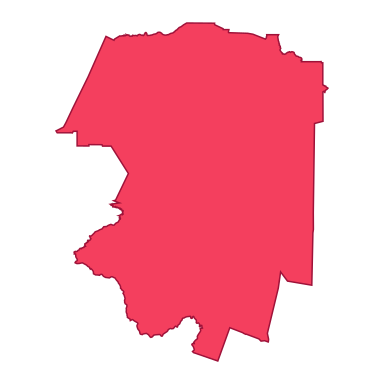 Rotorua District, Bay of Plenty, New Zealand
{"feature_id": "76426892B632863576138", "entity_name": "Rotorua District", "entity_type": "district", "adm_level": 2, "iso_a3": "NZL", "parent_name": "New Zealand", "parent_adm1": "Bay of Plenty", "projection": "natural_earth1", "projection_center": [176.197, -38.253], "detail": "fine", "context": "isolated", "style": "filled", "palette": "rose", "viewbox_px": 384, "rotation_deg": 0, "n_neighbors": 0, "source": "geoboundaries", "source_scale": "gbopen_adm2", "svg_char_len": 5861}
<svg xmlns="http://www.w3.org/2000/svg" viewBox="0 0 384 384"><path d="M75.1,262.8L76.9,263.6L79.1,263.5L82.3,262.8L86.6,265.1L87.7,266.3L89.3,267.2L89.7,267.8L89.8,268.4L90.3,268.7L90.4,269.1L91.0,268.7L92.1,269.7L93.3,271.4L93.5,273.8L95.6,274.9L98.1,275.0L99.5,275.3L100.4,274.5L101.7,274.3L102.1,274.5L103.5,276.3L105.5,277.4L109.4,277.9L111.0,276.9L111.8,276.7L112.6,276.8L113.2,277.3L114.9,277.9L116.6,280.3L118.0,281.8L118.4,283.0L119.7,284.7L120.4,286.2L120.6,287.2L120.5,288.2L121.5,289.2L121.8,289.9L123.3,291.0L123.7,291.6L123.6,292.6L123.0,293.2L124.1,295.1L125.0,298.1L125.0,298.9L124.5,300.3L124.7,301.0L124.6,302.1L125.2,303.7L126.7,304.7L127.0,306.1L126.2,308.4L126.4,309.9L126.2,311.3L126.4,312.8L127.0,313.9L127.0,315.2L127.4,316.4L127.4,317.4L130.0,319.1L130.3,320.6L131.9,319.7L132.6,319.6L134.6,321.1L137.1,322.5L137.8,323.2L137.8,323.8L137.0,325.4L137.0,326.4L137.2,326.8L137.3,327.5L137.9,329.1L139.4,331.0L140.1,333.8L140.8,334.3L142.3,334.6L143.3,333.9L146.4,333.4L148.5,334.7L150.1,336.9L150.9,337.4L152.4,336.8L153.7,335.2L155.4,334.8L159.7,334.5L160.1,334.7L161.3,336.1L162.2,336.1L162.6,335.6L162.9,334.6L163.4,334.0L167.0,331.6L167.8,330.7L168.1,329.8L169.5,328.8L170.4,328.5L171.6,328.8L173.2,328.6L174.2,327.6L174.9,326.6L175.5,326.2L176.2,326.4L177.1,327.1L177.4,327.0L178.0,325.2L179.7,323.8L180.7,321.4L182.1,319.9L182.3,318.7L182.6,318.3L184.2,317.9L185.5,317.1L186.9,316.7L190.3,316.3L190.7,316.7L190.7,317.6L190.9,318.1L191.4,318.4L191.9,318.4L192.2,318.1L192.8,316.7L193.3,316.4L193.7,316.6L194.4,318.1L196.2,320.0L196.5,321.2L196.2,322.3L196.5,323.0L197.1,323.3L198.2,322.9L199.0,323.4L199.6,324.5L199.6,325.4L199.4,326.3L199.6,326.7L200.1,326.6L200.8,325.4L201.7,325.4L201.9,326.0L201.9,327.1L202.5,328.1L202.1,328.4L200.8,328.2L200.2,328.5L200.2,328.9L200.7,330.5L200.5,331.2L198.0,335.0L197.3,336.4L197.5,338.1L197.4,338.7L195.3,340.4L193.7,342.4L193.6,342.9L194.2,343.1L194.3,343.6L192.7,343.6L191.9,344.2L191.9,344.8L193.3,346.6L194.3,349.4L194.0,350.2L192.5,351.5L193.5,352.6L217.8,361.0L229.8,327.7L242.8,332.7L243.4,333.2L245.7,334.3L246.4,334.2L258.9,338.9L261.0,341.1L264.7,340.7L268.2,342.0L268.4,341.4L268.6,339.2L267.4,333.6L267.5,332.8L278.3,288.1L280.6,271.9L287.5,281.1L311.8,285.2L312.9,232.9L313.4,229.5L313.3,212.6L314.5,123.5L323.0,121.3L322.9,91.9L323.7,91.4L324.8,92.4L325.0,92.0L324.6,91.5L324.9,91.4L324.8,91.0L325.4,90.7L325.8,90.0L327.0,89.3L328.0,88.2L327.9,88.0L327.4,87.7L326.3,87.2L325.7,86.1L324.8,86.1L324.4,85.6L323.8,85.5L323.3,85.2L323.0,84.6L322.8,84.6L322.8,62.8L321.5,62.8L321.4,62.1L321.0,61.5L320.5,61.7L301.4,61.7L301.7,60.7L301.1,60.3L301.7,59.9L301.6,59.4L301.9,59.1L301.4,58.0L300.2,57.4L299.0,57.2L297.8,56.3L296.5,56.2L296.0,55.9L295.7,55.3L294.8,54.5L294.2,53.2L294.1,52.5L292.9,51.9L291.8,51.7L290.4,52.4L290.0,51.9L289.3,51.7L288.5,52.3L288.0,52.2L286.3,53.2L285.8,53.9L285.3,54.0L284.4,54.3L283.8,53.9L283.1,54.1L282.3,53.8L282.2,53.5L282.4,53.1L281.3,52.1L280.1,50.4L280.1,49.4L280.7,48.5L280.7,48.1L280.2,47.5L280.3,46.3L279.2,45.0L279.5,44.1L279.0,43.4L278.9,42.2L278.4,40.9L277.7,36.7L278.6,34.7L266.7,34.7L266.8,35.9L266.4,36.8L266.4,37.8L265.4,39.1L252.9,34.2L247.7,33.3L228.8,32.7L228.4,32.2L228.9,29.6L223.2,29.6L223.1,28.7L214.8,24.8L214.5,23.9L214.6,23.2L186.7,23.0L183.6,24.8L181.1,26.7L179.2,27.5L176.7,30.0L176.1,30.2L175.0,31.1L174.6,31.8L174.0,32.0L172.8,33.0L170.7,33.4L168.1,34.8L167.3,34.7L166.3,35.1L164.8,35.1L162.9,34.5L162.3,34.1L161.7,33.3L160.1,32.3L158.9,32.2L157.6,32.5L157.1,33.1L155.7,33.9L153.8,34.2L151.6,35.1L151.0,35.0L150.3,35.4L148.6,35.4L147.7,35.6L147.1,35.1L146.7,33.4L146.2,33.1L146.1,32.6L145.8,32.5L145.1,32.9L144.7,34.0L144.3,34.2L144.0,35.0L143.5,35.5L142.9,35.5L142.4,35.1L141.6,35.3L140.0,34.5L139.4,34.4L138.2,34.8L137.1,35.9L136.0,35.4L134.2,35.6L133.3,35.5L132.8,35.2L132.6,35.4L132.3,36.1L131.6,36.2L131.2,36.0L130.1,36.3L129.1,35.6L128.9,35.0L128.1,35.1L127.7,34.8L126.7,35.1L126.1,34.6L126.1,35.3L125.4,35.7L124.7,35.4L124.4,35.6L124.3,35.3L124.2,35.2L123.9,35.8L123.4,35.5L123.0,35.9L122.5,35.7L120.9,36.1L119.8,35.9L114.5,39.1L114.0,40.3L106.0,36.4L88.2,76.6L72.8,108.1L66.0,122.5L63.5,127.1L56.0,130.9L57.2,132.8L70.4,132.8L70.4,132.6L70.6,132.6L72.3,133.0L73.3,131.3L77.1,131.3L77.1,145.9L88.9,146.0L88.9,144.6L102.0,144.7L102.5,146.1L111.1,146.1L128.4,173.5L115.6,200.1L113.7,200.7L119.4,202.9L110.5,204.3L111.0,204.6L111.4,204.3L111.2,205.3L111.8,205.3L112.1,205.0L112.3,205.4L112.6,205.4L112.5,206.0L112.8,206.8L113.4,206.4L113.6,206.9L114.0,206.8L114.5,207.1L115.3,206.7L115.4,207.2L116.1,207.6L116.3,207.6L116.5,207.1L116.8,207.1L117.1,207.7L117.4,207.7L117.5,207.4L118.6,207.8L118.9,208.3L119.7,208.1L119.8,209.0L120.5,209.6L120.8,209.5L120.7,208.7L121.7,209.3L121.9,210.5L122.1,210.8L123.0,210.7L123.0,211.0L122.5,211.6L122.9,212.0L122.3,213.3L123.0,213.7L123.1,214.1L122.2,214.8L121.1,214.4L120.0,215.2L118.9,215.6L119.4,215.7L119.7,216.1L120.0,217.2L119.4,217.4L119.3,218.0L119.5,218.2L120.0,217.9L120.4,218.5L120.1,218.9L120.2,219.2L119.5,219.6L118.2,222.0L115.7,223.3L114.1,225.1L112.9,225.2L111.4,224.5L110.7,224.4L108.2,225.4L106.6,226.5L103.8,226.7L101.9,229.0L99.8,229.7L98.0,230.8L95.2,231.8L94.2,233.1L91.5,235.8L90.3,236.1L89.1,235.7L89.8,236.3L90.2,237.9L90.9,238.4L90.9,238.9L90.4,239.3L90.0,240.2L89.0,240.5L88.6,240.3L87.8,240.3L87.6,240.8L88.5,240.9L88.4,241.5L87.7,241.8L87.5,242.4L86.3,242.7L86.3,243.1L85.6,243.7L84.9,243.9L85.0,244.2L84.8,244.7L85.2,245.9L85.5,246.3L85.0,246.5L84.4,246.2L84.0,246.8L83.9,247.4L82.2,247.8L81.8,248.3L81.1,248.3L81.0,248.7L80.1,248.4L79.4,249.1L79.2,249.8L77.9,250.5L77.3,251.3L76.7,251.5L75.2,251.4L74.1,252.1L74.2,252.9L74.7,252.8L74.8,253.3L74.6,253.6L74.8,253.8L74.6,254.0L75.6,254.2L75.8,256.6L76.2,257.7L76.9,258.5L76.9,258.9L77.4,259.9L77.3,260.3L77.0,260.8L76.0,261.3L75.1,262.4L75.1,262.8Z" fill="#f43f5e" stroke="#9f1239" stroke-width="1.5"/></svg>